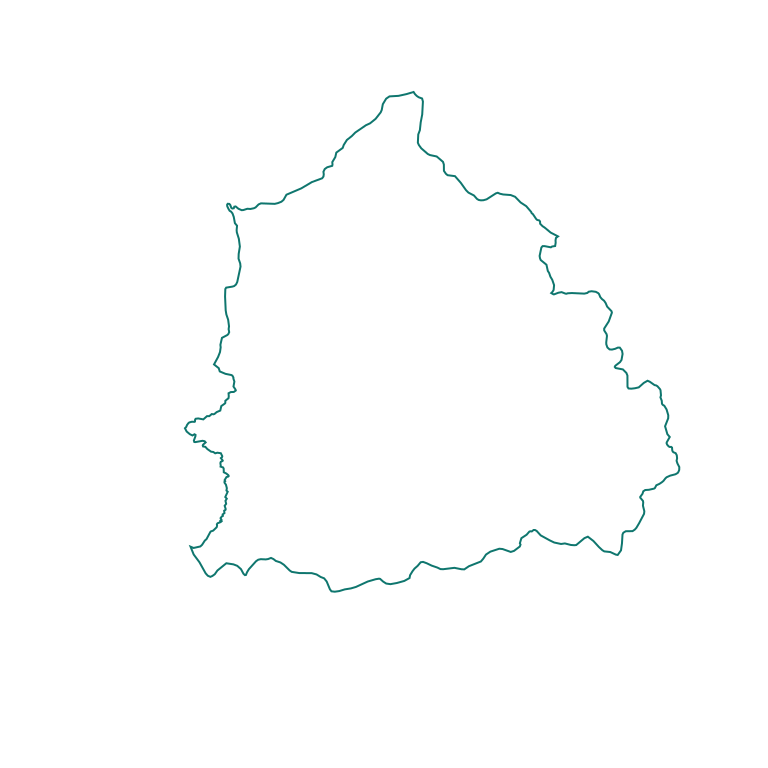 outline of Coromoro, Santander, Colombia, rotated 334°
{"feature_id": "7082276B92015443514121", "entity_name": "Coromoro", "entity_type": "district", "adm_level": 2, "iso_a3": "COL", "parent_name": "Colombia", "parent_adm1": "Santander", "projection": "mercator", "projection_center": [-73.011, 6.24], "detail": "fine", "context": "isolated", "style": "outline", "palette": "teal", "viewbox_px": 768, "rotation_deg": 334, "n_neighbors": 0, "source": "geoboundaries", "source_scale": "gbopen_adm2", "svg_char_len": 6166}
<svg xmlns="http://www.w3.org/2000/svg" viewBox="0 0 768 768"><g transform="rotate(334 384 384)"><path d="M617.6,556.9L616.7,553.3L618.1,545.2L624.4,539.4L625.8,536.7L626.8,530.8L626.4,526.4L625.4,524.9L625.2,523.6L626.3,520.8L626.6,517.2L628.0,515.6L629.8,510.8L629.8,509.6L628.8,505.9L628.0,504.6L626.7,503.6L623.9,498.5L622.3,496.6L618.0,496.9L611.5,498.7L607.6,497.8L604.2,496.6L601.8,495.2L601.6,493.3L606.5,483.1L606.7,480.3L605.1,475.6L599.2,471.2L598.9,469.8L599.9,469.0L605.7,467.8L608.0,466.5L611.6,461.6L612.5,458.5L611.9,454.7L610.2,453.8L607.2,453.7L604.0,453.0L601.9,451.8L600.8,449.1L601.2,445.8L602.0,444.0L605.5,438.5L605.9,436.7L605.4,432.4L606.2,430.7L613.4,426.3L620.1,419.8L620.4,418.3L618.5,412.3L618.7,408.3L618.3,405.6L617.1,403.1L616.5,400.7L616.7,397.5L616.4,396.3L614.8,394.0L611.2,391.6L608.4,390.8L606.7,391.3L603.7,390.6L592.7,384.6L588.9,383.0L587.7,382.9L586.7,382.3L583.9,379.3L580.7,378.4L576.2,378.0L575.6,377.7L574.2,375.6L575.9,375.0L577.7,373.8L580.2,369.7L580.9,364.1L580.6,360.5L581.1,356.5L580.8,354.2L582.3,348.0L579.2,341.3L579.3,339.5L580.0,337.1L585.3,330.3L587.0,329.6L588.8,330.5L593.9,334.3L595.3,334.1L598.3,335.0L600.2,332.3L601.2,330.0L602.6,328.1L605.1,327.6L600.2,321.0L596.9,313.7L595.7,311.7L594.6,308.4L595.5,306.3L595.2,305.0L593.6,303.7L593.1,302.4L592.3,296.6L591.6,295.2L591.7,293.8L589.8,286.5L586.4,280.8L583.9,273.2L580.7,269.7L574.2,265.9L571.6,263.8L570.1,262.0L568.1,261.7L557.2,263.0L553.9,262.4L551.6,261.4L549.8,260.1L548.7,258.4L547.5,254.0L543.8,249.0L542.7,245.8L541.2,236.8L538.9,228.3L532.7,224.2L531.8,222.2L531.3,218.7L534.0,213.0L534.4,210.2L531.1,202.6L525.7,198.4L524.2,196.5L520.8,188.5L520.1,184.5L520.2,182.0L524.2,174.7L527.5,171.6L531.7,164.9L536.5,158.5L542.8,147.2L543.4,144.1L540.9,141.5L539.7,139.4L538.9,137.0L538.6,134.5L531.3,133.3L523.4,131.4L515.0,127.9L511.0,128.5L505.6,132.0L502.1,136.7L500.1,138.4L492.7,142.0L485.7,143.6L481.2,143.5L468.4,145.4L463.9,147.0L457.6,148.4L452.6,151.5L450.4,153.7L442.6,155.1L439.7,158.7L434.8,161.9L433.9,164.2L433.1,165.2L428.0,164.3L425.0,164.8L422.6,166.7L421.8,169.1L420.5,171.0L418.6,172.0L407.7,170.9L395.4,171.9L379.3,171.1L374.4,174.5L371.7,175.2L367.9,174.9L364.8,174.2L352.6,167.7L350.0,167.6L346.0,169.0L344.1,169.0L340.6,168.1L338.0,166.6L333.9,166.0L332.3,165.4L330.0,162.7L328.5,159.4L327.2,159.0L326.0,160.2L324.6,159.8L324.0,158.7L324.3,155.5L323.9,154.3L322.5,153.5L321.5,154.2L321.0,155.7L321.0,158.7L321.2,160.7L322.1,162.0L322.6,164.3L322.2,168.0L320.5,174.1L321.3,177.3L319.0,181.1L318.2,183.2L317.2,189.8L314.7,197.3L310.4,203.4L308.2,207.6L307.6,212.6L306.5,215.6L296.8,228.0L294.6,229.7L292.3,230.3L290.4,230.0L284.4,228.2L283.0,229.1L279.5,235.7L274.0,248.4L272.8,252.4L272.1,257.9L270.0,264.2L268.4,266.6L267.6,269.5L265.9,270.9L264.6,271.3L258.6,271.5L254.1,277.1L253.3,279.4L250.6,283.4L246.7,287.0L239.8,291.9L242.4,297.3L241.9,300.7L246.0,305.4L250.7,309.0L251.4,310.0L251.5,312.1L251.0,313.2L250.6,316.2L247.6,320.3L248.1,323.9L247.9,324.9L245.5,325.3L242.8,324.1L240.2,324.2L239.1,327.0L238.0,328.6L234.1,329.5L233.0,331.5L232.4,331.8L228.1,332.5L225.2,336.1L221.3,335.9L218.5,336.6L217.5,336.5L216.0,335.5L212.9,336.3L210.8,335.3L206.1,336.6L201.9,333.5L199.5,332.7L198.7,333.1L197.6,334.9L197.0,334.9L194.8,333.7L192.1,333.2L190.9,333.5L189.0,334.5L187.4,335.9L185.7,336.5L185.8,340.2L187.5,344.0L189.3,346.3L191.6,346.1L192.3,347.1L191.6,348.3L188.3,351.5L188.1,353.0L188.9,353.5L196.0,355.5L197.7,356.8L198.1,358.3L194.8,359.2L194.2,359.7L194.0,360.8L195.9,362.2L196.7,365.0L198.9,369.0L200.8,370.3L201.9,372.3L204.1,372.7L207.0,374.7L207.0,378.0L206.4,378.7L204.9,379.1L205.5,382.1L205.2,382.4L203.2,382.4L202.3,383.3L201.4,386.0L200.9,386.6L202.8,388.5L202.8,389.8L201.3,393.1L203.0,395.3L204.1,397.6L204.1,398.6L203.5,398.9L201.6,398.6L198.6,400.5L198.7,401.7L197.7,402.0L197.4,402.8L197.8,405.2L197.1,408.7L195.7,410.7L196.3,412.3L191.8,416.0L192.4,418.2L190.3,419.5L189.6,422.5L187.4,423.6L186.9,427.0L186.4,427.6L184.8,427.8L184.0,430.1L181.8,430.5L181.4,431.9L180.1,432.0L178.3,432.9L178.4,435.0L176.9,435.1L176.7,435.4L177.4,436.3L176.5,436.5L173.4,436.2L172.3,436.8L171.9,438.1L170.8,439.4L166.2,440.9L163.7,440.6L163.0,440.9L156.5,445.6L154.3,446.2L150.0,448.8L147.7,449.5L141.0,447.9L138.8,445.4L138.2,453.8L140.0,463.3L140.7,476.0L141.6,479.1L143.4,481.2L145.6,481.3L148.5,480.8L152.5,478.6L163.7,476.0L169.6,480.1L172.4,483.1L174.3,487.7L174.5,492.9L175.2,494.8L176.2,495.1L178.3,493.2L181.4,491.2L191.3,487.2L193.9,486.8L196.4,487.4L200.8,489.8L203.0,490.5L206.2,490.8L207.9,492.9L209.2,495.6L212.7,499.0L214.8,502.6L217.5,510.3L218.7,512.4L225.0,516.8L236.1,522.3L239.9,525.6L242.5,529.7L245.0,532.4L245.9,536.4L245.4,544.8L245.9,547.3L248.7,549.1L253.0,550.5L258.7,551.4L264.6,553.2L269.8,554.1L282.8,554.4L290.9,555.8L294.2,556.8L295.1,557.5L296.6,561.2L298.5,564.3L302.0,566.7L308.3,568.5L315.9,569.9L321.9,569.6L323.6,567.3L327.5,564.8L330.5,563.3L334.5,562.2L338.8,560.3L341.1,561.0L343.8,563.8L347.2,568.1L351.5,572.4L353.6,575.1L356.0,576.4L366.7,580.1L372.5,584.5L374.9,585.8L380.5,585.0L393.3,586.0L396.7,584.5L400.9,582.0L406.1,581.3L415.4,582.6L418.2,584.3L424.3,590.5L427.7,591.0L434.8,589.6L436.3,588.2L436.3,586.7L439.9,582.8L446.1,582.0L449.9,580.4L450.9,580.5L452.2,581.3L454.4,580.8L455.7,581.4L456.8,583.0L458.5,588.8L464.5,597.3L467.5,601.1L473.0,605.4L476.7,606.6L481.4,610.6L484.5,612.4L486.2,613.0L496.6,610.4L500.3,610.6L503.4,616.9L505.7,624.7L507.4,629.1L508.6,631.0L513.7,634.2L517.6,639.0L519.1,640.1L524.1,637.4L528.0,631.6L532.4,623.8L533.9,622.6L536.7,622.3L542.9,625.2L545.6,624.8L547.8,623.9L552.2,621.0L560.8,614.7L562.2,612.5L563.4,606.9L565.1,604.0L565.5,602.6L564.5,598.5L564.8,597.8L568.2,596.0L570.0,594.1L572.3,593.8L575.7,595.2L580.8,596.4L581.8,596.3L584.4,594.4L587.7,594.5L590.7,594.1L592.7,593.6L595.5,592.2L597.1,591.7L601.0,591.8L606.4,592.9L609.0,592.7L610.3,591.9L611.7,590.6L613.0,588.1L612.9,584.1L613.3,581.3L614.9,579.2L615.9,576.4L615.8,574.0L614.2,572.2L613.9,571.2L614.0,570.0L615.0,567.4L614.5,566.4L613.3,565.9L612.5,564.9L611.9,562.6L612.0,561.2L612.5,560.4L617.6,556.9Z" fill="none" stroke="#0f766e" stroke-width="2"/></g></svg>